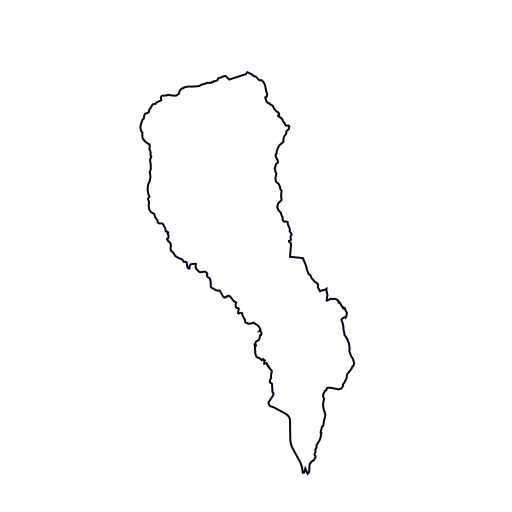 the district of La Magdalena Contreras, Distrito Federal, Mexico, rotated 128°
{"feature_id": "50627088B92108463295960", "entity_name": "La Magdalena Contreras", "entity_type": "district", "adm_level": 2, "iso_a3": "MEX", "parent_name": "Mexico", "parent_adm1": "Distrito Federal", "projection": "robinson", "projection_center": [-99.262, 19.275], "detail": "fine", "context": "isolated", "style": "outline", "palette": "ink", "viewbox_px": 512, "rotation_deg": 128, "n_neighbors": 0, "source": "geoboundaries", "source_scale": "gbopen_adm2", "svg_char_len": 6134}
<svg xmlns="http://www.w3.org/2000/svg" viewBox="0 0 512 512"><g transform="rotate(128 256 256)"><path d="M132.9,390.7L134.1,392.1L136.6,393.3L139.2,395.2L140.8,394.6L142.9,395.4L144.4,397.0L145.2,396.8L146.4,398.0L147.3,398.1L149.7,401.3L151.1,401.8L154.9,404.7L156.9,405.2L162.4,411.2L163.2,412.6L164.8,414.3L167.3,416.4L168.4,416.5L170.1,417.8L172.6,417.9L175.3,416.8L176.1,416.7L178.8,417.7L179.4,418.4L181.7,421.8L183.1,424.5L184.6,425.4L187.4,428.5L188.4,428.9L189.3,428.8L191.6,426.6L196.5,429.0L197.4,428.8L198.2,429.1L199.8,430.6L200.4,430.7L202.8,430.5L204.1,430.1L206.3,430.3L208.2,429.1L210.4,429.6L211.2,430.5L211.9,430.9L213.6,430.8L216.2,429.3L216.9,429.0L217.6,429.3L218.7,429.3L223.8,427.5L224.4,426.9L225.1,426.7L226.3,425.9L228.3,423.2L228.6,421.5L229.5,421.0L232.6,418.4L233.2,416.8L233.6,416.6L234.1,412.8L233.7,408.5L235.2,407.0L236.5,406.4L237.6,405.5L238.3,404.0L239.5,402.6L241.6,401.1L242.1,399.7L245.1,398.9L247.2,397.1L248.1,395.8L252.3,392.4L254.6,391.6L255.3,391.5L255.8,390.6L259.0,387.6L260.0,387.2L262.2,385.9L265.9,385.1L268.2,383.8L270.8,382.0L273.9,378.4L274.8,376.5L277.7,376.3L278.7,374.4L280.0,373.0L281.8,372.0L284.9,369.1L286.0,366.3L286.0,364.8L285.5,362.1L287.6,359.2L288.2,356.8L288.9,355.2L290.1,354.1L290.0,352.8L289.6,351.8L288.6,350.7L288.1,349.7L288.2,348.6L290.0,344.8L292.1,342.2L292.0,341.6L291.3,340.8L291.7,339.4L292.9,339.3L293.4,338.7L293.5,337.6L295.2,336.5L295.9,336.2L297.4,336.5L298.3,334.5L298.4,332.1L298.9,330.6L300.2,329.7L300.9,328.9L302.4,328.3L304.0,326.6L304.2,326.0L304.2,323.7L305.3,320.8L305.2,320.5L305.7,319.7L305.2,315.0L304.1,312.6L304.6,310.6L305.1,309.5L304.1,308.3L303.7,306.8L304.0,306.3L306.0,304.5L307.4,302.5L307.4,301.6L307.0,300.8L306.3,301.0L304.5,302.3L302.9,302.3L302.3,302.0L300.3,300.1L299.2,298.5L301.5,297.2L302.4,296.0L303.1,294.5L303.4,291.1L303.1,289.9L299.8,286.7L299.6,286.0L299.8,283.6L301.3,283.0L302.3,281.5L302.3,280.1L302.1,279.2L302.3,278.2L305.0,275.1L307.7,273.1L308.4,271.9L307.5,266.3L306.9,264.7L306.4,264.4L305.6,263.2L308.0,257.5L308.4,255.5L307.5,254.6L307.2,254.8L306.0,253.9L305.3,253.6L305.0,253.9L304.0,252.7L303.8,251.8L305.2,245.7L304.9,242.9L306.7,242.3L308.7,240.2L308.8,239.2L308.0,237.8L308.2,237.1L311.6,235.3L312.1,234.8L311.9,234.1L311.2,233.9L309.9,232.7L309.6,231.7L309.9,231.2L310.4,231.1L312.1,227.9L313.2,225.2L314.9,223.7L314.8,222.8L314.4,222.1L314.2,220.6L312.5,218.5L311.1,217.4L310.2,217.3L310.1,217.0L309.6,211.2L310.4,208.9L311.4,207.1L313.1,207.2L312.2,206.4L313.5,204.0L315.2,203.4L315.9,203.9L320.0,202.0L323.6,203.3L324.8,202.9L326.7,202.7L326.9,202.3L326.2,201.5L326.4,200.9L327.1,200.8L327.9,201.2L329.3,200.1L329.6,199.5L330.4,199.3L331.5,197.9L333.2,196.7L334.8,194.2L335.2,193.1L334.6,191.3L334.3,188.4L334.6,187.5L333.7,186.9L333.0,187.0L332.9,184.9L333.3,185.0L334.0,184.6L335.8,183.1L334.0,182.1L334.8,180.2L335.0,178.8L335.5,178.8L335.7,176.6L336.2,176.3L336.6,173.1L338.3,171.9L340.8,170.8L342.8,169.0L344.4,168.8L346.7,167.7L347.1,167.0L346.7,165.4L347.0,164.6L353.0,159.3L353.5,157.5L356.0,156.6L363.2,156.1L363.9,155.9L364.4,155.4L365.7,152.8L364.3,148.7L362.1,135.8L362.0,133.1L362.5,130.9L363.4,129.3L364.4,128.1L379.3,116.2L381.1,114.5L383.1,112.1L384.8,109.2L391.4,93.9L394.3,89.5L398.0,85.7L396.9,84.7L393.1,86.3L395.9,81.2L393.8,81.1L391.2,82.5L389.8,83.7L386.9,85.6L386.3,85.7L385.1,85.5L384.2,85.7L381.2,84.7L378.1,85.2L377.0,86.0L376.7,87.2L376.4,87.6L375.2,88.3L373.9,88.4L373.2,88.8L372.5,89.9L370.8,90.2L369.0,90.8L367.6,91.9L362.3,92.4L359.7,93.2L355.3,95.4L355.5,96.1L355.3,96.5L350.3,98.7L348.1,98.6L342.9,101.6L341.0,102.2L338.3,103.6L337.5,105.1L336.6,105.8L336.0,107.3L332.7,110.9L331.3,112.0L326.6,114.6L325.7,115.8L325.5,116.6L323.4,117.9L319.7,118.6L318.5,118.0L317.4,118.5L316.1,118.7L314.2,116.6L310.1,108.7L308.2,107.4L306.6,107.1L304.6,107.5L304.0,108.2L303.4,108.4L301.3,108.5L296.5,109.3L294.1,110.9L292.6,111.4L287.0,111.3L285.0,111.5L284.3,111.9L282.8,111.6L281.1,112.2L279.9,112.7L278.3,115.1L278.1,115.1L277.3,116.5L276.6,118.9L273.9,123.4L272.8,124.4L272.0,124.7L270.5,126.0L267.2,129.5L266.8,130.7L265.6,132.4L264.2,135.9L263.8,137.6L262.2,139.1L260.4,141.5L257.2,144.3L256.8,145.1L256.0,145.7L254.9,147.4L253.8,149.5L251.6,149.3L249.8,148.5L249.4,147.9L249.5,147.4L247.6,147.9L244.9,149.2L243.5,152.4L242.5,153.7L242.6,154.8L243.0,154.1L243.7,154.9L241.0,161.8L241.8,162.3L240.5,164.0L240.9,167.0L241.1,167.5L242.7,168.9L243.8,171.0L247.0,172.2L247.6,172.8L246.1,173.9L242.8,175.6L240.4,178.6L238.4,180.3L240.1,180.7L240.7,181.4L242.6,182.8L242.9,183.2L244.4,183.9L242.5,188.1L240.2,189.5L239.8,191.8L240.2,192.8L239.3,198.1L238.7,199.8L238.1,200.3L237.7,202.2L237.8,203.4L236.1,206.4L232.3,211.5L228.8,217.8L235.7,228.7L224.6,236.0L224.5,238.5L223.8,239.3L222.7,238.7L221.8,238.4L221.4,238.6L220.3,240.0L218.9,241.0L217.5,241.1L216.7,241.5L215.8,244.7L213.8,246.0L212.0,249.5L211.0,250.9L209.8,251.8L210.3,253.8L211.4,254.5L211.7,255.2L211.3,257.0L209.6,258.4L207.4,262.1L206.7,262.6L206.2,266.2L204.4,269.4L201.1,270.8L199.3,270.8L196.7,270.3L196.0,270.5L192.9,273.5L188.8,276.0L188.4,277.9L186.5,280.0L185.3,282.4L185.2,283.7L185.4,284.5L184.8,286.4L182.7,288.7L178.5,290.6L178.1,291.7L177.4,292.9L176.2,294.0L175.7,295.2L173.3,295.9L171.3,296.8L170.2,296.7L169.4,296.2L168.6,296.4L167.2,297.9L166.1,300.7L165.5,301.1L165.0,302.3L163.4,303.1L162.2,303.1L161.3,303.9L157.8,305.1L155.6,305.6L154.0,305.6L149.4,304.7L145.9,307.0L143.5,307.5L140.9,307.5L139.6,308.6L137.2,308.7L136.5,308.3L135.7,308.3L135.2,308.5L134.8,309.1L133.3,309.5L133.1,310.6L134.8,312.7L134.8,313.4L133.8,315.1L133.0,318.1L131.9,319.5L132.1,320.5L131.6,321.7L132.0,322.7L132.0,324.8L131.4,325.0L131.0,324.5L130.7,324.5L130.3,325.3L129.8,325.3L129.2,326.5L129.4,329.7L129.0,331.4L128.6,332.8L127.3,335.4L127.6,337.4L128.0,338.3L127.6,338.8L127.4,339.5L128.1,340.5L127.8,342.8L125.5,346.2L125.0,346.4L123.8,345.7L123.5,345.8L121.9,346.6L121.2,347.4L120.1,349.0L115.5,354.5L114.3,357.5L114.0,359.4L114.3,360.3L115.1,360.9L115.4,362.4L114.7,366.9L115.4,367.6L115.6,372.0L116.6,376.0L118.9,375.9L133.4,385.7L132.9,390.7Z" fill="none" stroke="#020617" stroke-width="2"/></g></svg>